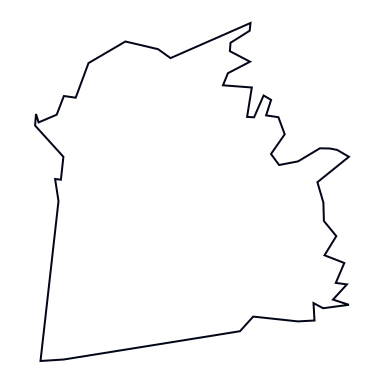 the district of Mercer, Kentucky, United States of America
{"feature_id": "52423323B2643841016629", "entity_name": "Mercer", "entity_type": "district", "adm_level": 2, "iso_a3": "USA", "parent_name": "United States of America", "parent_adm1": "Kentucky", "projection": "orthographic", "projection_center": [-84.826, 37.824], "detail": "fine", "context": "isolated", "style": "outline", "palette": "ink", "viewbox_px": 384, "rotation_deg": 0, "n_neighbors": 0, "source": "geoboundaries", "source_scale": "gbopen_adm2", "svg_char_len": 757}
<svg xmlns="http://www.w3.org/2000/svg" viewBox="0 0 384 384"><path d="M40.5,361.0L63.7,359.5L240.0,331.2L253.2,316.6L297.9,321.4L314.5,320.5L313.5,303.1L323.1,308.2L348.9,304.8L333.0,299.6L346.9,284.4L335.8,282.9L344.3,263.0L324.5,255.3L336.3,236.1L323.9,221.0L323.4,202.6L317.4,182.2L348.9,156.8L337.1,149.9L329.8,148.5L319.9,148.3L298.0,161.4L279.1,165.0L271.0,154.0L284.7,134.3L278.4,117.2L266.1,115.4L271.1,99.9L263.6,95.5L254.1,117.3L247.1,116.9L251.8,87.5L223.0,85.3L227.9,73.2L250.0,61.7L229.9,51.2L230.5,42.8L249.7,30.7L250.5,23.0L170.5,58.1L158.1,49.2L125.4,41.5L88.5,63.1L75.7,97.7L63.9,96.0L56.7,114.7L38.6,122.4L36.0,114.0L35.1,125.6L63.4,156.8L60.9,179.7L55.1,179.0L58.5,201.1L40.5,361.0Z" fill="none" stroke="#020617" stroke-width="2"/></svg>